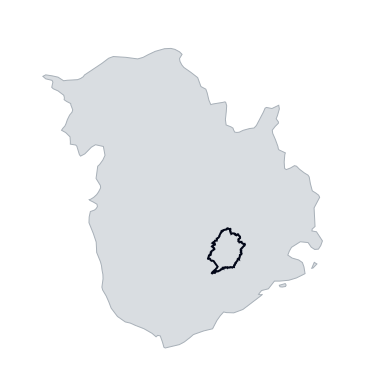 Phnum Kravanh, Pouthisat, Cambodia shown in context, rotated 259°
{"feature_id": "14789045B35445184191564", "entity_name": "Phnum Kravanh", "entity_type": "district", "adm_level": 2, "iso_a3": "KHM", "parent_name": "Cambodia", "parent_adm1": "Pouthisat", "projection": "orthographic", "projection_center": [103.822, 12.181], "detail": "fine", "context": "in_parent", "style": "outline", "palette": "ink", "viewbox_px": 384, "rotation_deg": 259, "n_neighbors": 0, "source": "geoboundaries", "source_scale": "gbopen_adm2", "svg_char_len": 7700}
<svg xmlns="http://www.w3.org/2000/svg" viewBox="0 0 384 384"><g transform="rotate(259 192 192)"><path d="M334.0,67.7L334.9,70.8L332.7,76.9L330.3,82.4L325.7,87.2L325.5,90.7L324.1,101.1L324.7,104.4L325.9,107.3L327.4,108.8L331.6,118.9L335.5,128.2L339.2,135.7L340.0,140.6L336.8,152.8L333.0,164.1L333.5,169.7L335.2,175.3L337.1,182.8L337.9,192.3L337.0,198.6L335.3,202.4L332.0,206.5L329.0,208.5L325.4,205.2L322.6,205.1L318.8,206.2L315.9,207.7L309.8,213.6L303.2,219.4L293.8,220.9L290.3,225.2L286.4,225.8L279.0,226.1L274.2,227.1L274.4,229.2L274.1,239.2L274.2,241.6L273.5,242.2L270.1,242.5L264.4,241.0L256.7,238.6L251.3,238.3L248.5,242.7L246.9,244.4L244.8,244.7L242.6,245.4L241.9,247.4L241.7,249.8L242.8,254.0L243.3,260.6L243.0,265.1L245.0,267.9L256.9,277.4L260.3,279.7L260.8,281.2L258.7,286.4L260.6,293.7L256.9,293.6L250.8,290.5L247.8,288.6L244.3,290.2L243.0,289.9L240.6,286.3L237.4,282.6L234.2,282.4L227.4,283.9L220.4,285.0L217.7,285.0L216.6,285.6L212.6,291.1L210.9,290.2L203.8,288.2L197.4,287.4L196.0,288.8L196.8,293.3L198.3,297.6L197.4,299.5L193.9,301.8L189.3,305.9L186.4,309.1L184.4,309.9L177.3,309.8L170.2,310.3L167.4,313.3L164.7,315.7L162.4,316.3L153.1,308.8L134.7,306.2L132.7,302.9L130.9,302.3L129.2,306.6L119.1,310.7L114.9,308.2L111.8,305.2L112.2,301.5L115.1,298.5L120.2,296.3L122.5,288.8L118.7,279.1L115.3,276.2L111.8,274.0L108.1,277.6L104.9,283.8L101.7,286.9L97.1,287.6L90.3,287.4L87.7,278.1L86.9,270.2L87.8,261.2L88.8,255.9L82.4,248.5L82.0,241.5L78.9,237.8L78.0,239.6L78.1,241.7L77.2,240.2L67.0,219.6L65.4,210.0L67.1,202.6L68.2,200.2L65.3,196.3L61.1,191.9L53.8,186.1L53.4,177.0L51.8,166.2L49.7,162.6L46.3,155.9L44.6,150.4L44.0,135.9L45.0,134.8L50.1,134.4L56.8,133.4L57.8,131.0L56.7,129.1L60.9,125.8L67.0,118.7L71.7,111.2L75.1,106.4L77.2,101.7L84.0,95.1L93.4,90.5L99.8,89.4L106.4,87.9L112.8,85.6L115.8,85.4L123.7,88.1L128.0,88.8L132.4,88.8L137.1,89.1L141.1,88.8L150.8,86.9L161.1,88.4L170.2,87.2L181.5,85.0L187.1,86.3L192.2,88.5L192.9,92.9L194.1,94.9L195.8,96.4L198.1,96.4L200.9,93.3L203.3,90.1L204.1,89.6L204.2,91.1L205.5,94.5L207.6,97.9L209.8,100.2L213.5,103.1L215.9,103.3L223.6,100.4L235.3,104.4L236.6,106.5L240.4,110.6L244.6,113.6L253.6,113.7L256.8,106.3L255.2,101.8L249.9,94.1L248.5,89.5L250.1,88.6L258.9,87.7L260.3,86.8L262.2,81.7L264.5,82.2L269.4,82.8L274.5,79.3L277.5,75.7L279.1,77.3L281.0,79.8L283.0,81.3L286.7,83.4L290.8,86.5L293.3,89.5L295.4,90.6L300.6,89.7L302.0,89.8L304.9,86.1L307.0,84.1L308.8,84.7L311.4,84.6L316.8,79.8L319.8,75.5L321.5,74.3L326.4,76.4L328.3,75.9L331.0,70.0L334.0,67.7ZM84.3,266.0L83.3,266.5L82.3,266.5L81.4,265.7L81.5,262.3L82.2,260.3L83.8,259.9L84.3,266.0ZM99.6,298.6L97.5,300.9L94.3,296.3L94.3,295.0L99.6,298.6Z" fill="#d9dde1" stroke="#a8b0b8" stroke-width="1"/><path d="M148.0,213.5L147.9,213.5L147.7,213.5L147.6,213.3L147.1,213.3L147.1,213.2L146.9,213.0L146.4,212.7L146.3,212.3L143.9,210.6L143.7,210.4L143.4,210.5L142.4,209.6L142.0,209.1L142.0,208.6L141.6,207.8L141.4,207.7L141.4,207.4L141.0,207.4L140.5,207.4L140.4,207.2L139.9,206.9L139.6,206.9L139.8,205.2L138.9,204.6L138.8,204.3L138.8,203.8L138.5,203.1L138.2,202.8L138.0,202.4L137.3,203.4L137.2,203.7L136.8,204.3L136.8,204.5L136.5,204.5L136.0,204.5L136.0,204.4L136.0,204.1L135.9,203.9L136.0,203.9L135.9,203.7L136.0,203.5L135.8,203.3L135.4,202.5L135.3,202.2L135.4,201.9L135.0,201.5L134.9,201.4L134.7,201.2L134.5,201.5L133.8,202.0L133.7,202.1L132.8,202.9L132.7,202.9L132.5,203.0L132.4,202.9L132.3,203.0L132.2,203.0L132.2,202.9L131.9,202.9L132.0,202.6L131.7,202.4L131.4,202.3L131.0,202.1L130.9,201.9L130.7,201.0L130.6,200.7L130.4,200.4L130.1,199.9L129.9,199.5L129.5,199.4L129.4,199.2L129.2,199.4L128.6,199.2L128.4,198.8L127.9,198.6L127.5,198.4L127.4,198.3L127.2,198.3L127.1,198.5L126.9,198.5L126.7,198.4L126.6,198.1L126.8,197.9L127.0,197.9L127.1,197.7L126.8,197.5L126.9,197.3L126.4,197.0L126.4,196.5L125.5,196.1L123.9,195.2L123.7,195.0L123.4,195.0L123.2,195.4L123.4,196.0L123.3,196.4L123.2,196.7L122.6,197.1L121.6,197.2L121.3,197.5L120.7,198.1L120.7,199.1L120.2,199.8L119.6,200.2L119.6,200.3L119.3,200.4L119.1,200.5L118.8,200.6L113.8,202.9L112.6,201.8L112.5,201.5L111.5,200.3L111.3,200.0L111.2,199.7L110.3,198.2L109.2,196.5L108.6,196.0L108.3,196.2L108.2,196.4L108.2,196.5L108.4,196.7L108.5,197.2L108.9,197.8L108.6,198.3L108.5,198.7L108.3,198.8L108.2,199.0L108.8,199.6L109.0,200.0L109.4,200.1L109.6,200.4L109.4,200.5L109.5,200.7L109.7,200.8L109.7,201.1L109.5,201.4L109.3,201.5L109.3,202.0L109.1,202.2L109.1,202.4L109.3,202.6L109.3,202.8L109.4,203.2L109.5,203.4L109.5,203.6L109.6,204.2L109.7,204.4L109.8,204.8L110.1,205.0L110.2,205.5L110.7,205.9L110.7,206.1L110.5,206.6L110.7,207.4L110.8,207.4L110.9,207.6L111.4,207.6L111.4,207.8L111.5,207.9L111.8,207.9L111.8,208.0L111.6,208.1L111.6,208.4L111.4,208.5L111.7,208.6L111.6,209.0L111.6,209.3L111.6,209.7L111.7,209.9L111.5,210.0L111.7,210.3L111.7,210.6L111.7,210.8L111.5,211.0L111.2,211.1L111.2,211.3L111.4,211.4L111.3,211.6L111.4,211.8L111.3,212.2L111.2,212.3L111.0,212.2L110.9,212.3L111.0,212.4L110.8,212.5L111.0,212.7L111.0,212.8L111.1,213.0L110.9,213.2L110.8,213.6L110.8,213.8L110.7,214.2L110.6,214.5L110.6,214.8L110.8,215.0L110.7,215.1L110.9,215.5L110.9,215.9L110.8,216.1L110.5,216.4L110.1,217.3L110.6,218.0L110.6,218.3L110.4,218.8L110.8,218.8L111.2,219.0L111.3,219.2L111.7,219.2L112.1,219.4L112.3,219.6L112.1,219.8L112.1,220.0L112.7,220.3L112.8,220.5L113.4,220.7L113.5,220.9L113.6,221.1L113.9,221.0L114.0,221.4L114.1,221.6L114.3,221.6L114.5,221.7L114.7,221.8L115.1,222.5L115.3,222.6L115.5,222.8L115.7,223.1L115.9,223.3L115.9,223.5L116.3,223.7L116.5,223.8L117.0,223.9L117.3,224.0L117.5,224.1L117.7,224.5L117.6,224.8L117.5,225.0L117.3,225.1L117.2,225.2L117.3,225.2L117.5,225.3L117.7,225.7L117.9,225.7L118.1,225.6L118.4,225.8L118.5,226.0L118.8,226.3L119.1,226.3L119.4,226.5L119.5,226.6L119.8,226.8L120.6,226.9L120.9,226.9L121.1,227.0L121.3,227.5L121.3,227.9L121.2,228.0L121.3,228.4L121.8,228.5L121.9,228.8L122.0,228.9L122.4,229.0L122.5,229.0L123.0,228.6L123.6,228.3L123.8,228.4L124.0,228.8L124.5,229.1L124.8,229.2L125.3,228.7L125.6,228.8L126.0,228.7L126.3,228.8L126.7,229.2L126.8,229.3L126.8,229.7L127.0,230.0L127.4,230.1L127.7,230.6L127.8,230.9L128.0,231.0L128.1,231.3L128.6,231.8L128.9,232.2L129.0,232.4L129.1,232.5L129.1,232.8L129.3,233.2L129.4,233.3L129.6,233.3L130.2,233.9L130.5,233.8L130.8,233.5L131.1,233.6L131.2,233.1L131.0,232.8L131.2,232.5L131.5,232.2L131.9,231.9L132.1,231.5L132.8,231.2L133.4,231.1L133.5,231.1L133.5,230.9L133.7,230.7L133.8,230.4L133.6,230.2L133.5,229.4L133.5,229.2L133.5,228.9L134.0,228.8L134.3,228.6L134.5,228.6L134.6,228.4L134.8,228.1L135.0,228.1L135.5,228.4L136.0,228.4L136.1,228.6L136.7,228.5L137.0,228.9L137.0,229.1L137.1,229.3L137.1,229.5L137.3,229.7L137.4,230.0L137.5,230.1L137.6,230.4L137.8,230.5L138.2,230.4L139.0,230.6L139.3,230.5L139.5,230.3L139.8,230.1L140.0,229.8L140.2,229.7L140.4,229.6L140.6,229.4L141.2,229.4L141.5,229.4L141.7,229.2L141.8,229.0L141.4,228.3L141.3,227.7L141.2,227.6L141.0,227.3L141.4,226.7L141.7,226.6L141.8,226.6L142.2,226.7L142.3,226.6L142.5,226.2L142.3,225.9L142.6,225.7L142.8,225.7L143.0,225.9L143.2,225.6L143.2,225.4L143.4,225.1L143.4,224.7L143.6,224.2L143.6,223.9L143.7,223.6L143.6,223.1L143.4,222.6L143.5,222.6L143.9,222.7L144.0,222.7L144.4,222.2L144.7,222.1L145.3,222.1L145.8,222.4L146.3,222.3L146.4,222.2L146.6,221.9L147.1,222.0L147.3,222.0L147.6,222.2L147.9,222.5L148.0,222.6L148.3,222.7L148.5,222.6L148.5,222.4L148.4,221.9L148.9,220.8L149.4,220.4L149.5,220.1L149.3,220.0L149.3,219.8L149.3,219.6L149.2,219.6L149.3,219.3L149.2,219.2L149.0,218.8L148.7,218.8L148.6,218.7L148.7,218.3L148.7,218.1L148.6,216.9L148.7,216.6L148.6,216.2L148.6,215.4L148.5,215.2L148.2,214.9L147.9,214.9L147.8,214.6L147.9,214.3L147.8,214.0L148.1,213.7L148.0,213.5Z" fill="none" stroke="#020617" stroke-width="2"/></g></svg>